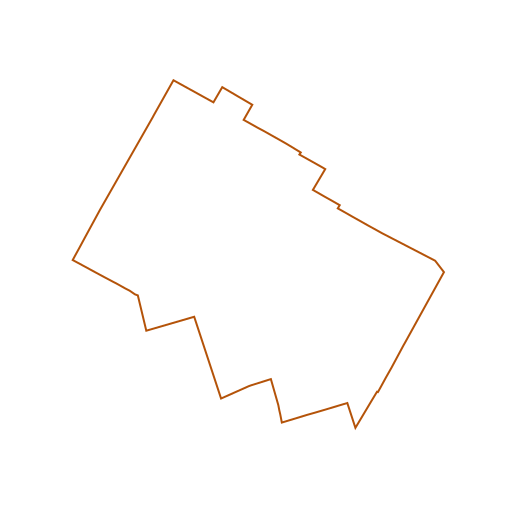 Maipú, Buenos Aires, Argentina, rotated 77°
{"feature_id": "61730980B20857642636660", "entity_name": "Maipú", "entity_type": "district", "adm_level": 2, "iso_a3": "ARG", "parent_name": "Argentina", "parent_adm1": "Buenos Aires", "projection": "mercator", "projection_center": [-57.539, -36.886], "detail": "fine", "context": "isolated", "style": "outline", "palette": "amber", "viewbox_px": 512, "rotation_deg": 77, "n_neighbors": 0, "source": "geoboundaries", "source_scale": "gbopen_adm2", "svg_char_len": 937}
<svg xmlns="http://www.w3.org/2000/svg" viewBox="0 0 512 512"><g transform="rotate(77 256 256)"><path d="M445.8,197.8L423.1,176.0L416.9,170.0L415.5,168.6L416.0,167.8L411.8,164.0L403.8,156.9L395.3,149.1L375.9,132.1L374.2,130.5L314.0,76.5L300.9,82.5L262.2,128.0L251.6,139.8L239.1,153.5L231.9,161.3L228.0,165.6L225.3,163.0L213.3,176.1L204.4,185.7L186.9,169.0L184.6,171.4L166.9,190.9L165.2,189.1L153.3,201.3L135.4,220.9L131.5,225.4L120.6,237.4L107.8,225.6L96.7,237.4L83.9,250.9L96.7,262.9L66.2,296.9L96.6,324.6L96.8,324.7L176.0,397.7L199.6,418.6L207.8,425.8L215.3,432.5L218.7,435.5L236.9,414.9L242.6,408.4L249.2,400.8L251.2,398.4L258.1,390.8L261.3,387.0L266.2,382.5L267.8,380.0L304.1,379.7L301.3,329.9L387.0,322.1L381.2,292.3L380.9,289.8L379.3,269.2L406.3,267.8L411.6,268.0L415.8,268.0L424.1,268.3L422.3,242.0L421.9,233.7L421.4,225.3L420.4,209.7L419.8,200.1L432.2,199.0L445.8,197.8Z" fill="none" stroke="#b45309" stroke-width="2"/></g></svg>